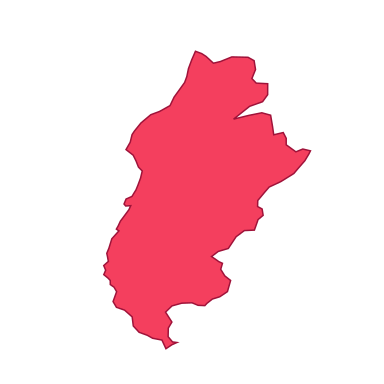 Axylou, Paphos, Cyprus, rotated 230°
{"feature_id": "46923920B14417206276385", "entity_name": "Axylou", "entity_type": "district", "adm_level": 2, "iso_a3": "CYP", "parent_name": "Cyprus", "parent_adm1": "Paphos", "projection": "equal_earth", "projection_center": [32.554, 34.805], "detail": "fine", "context": "isolated", "style": "filled", "palette": "rose", "viewbox_px": 384, "rotation_deg": 230, "n_neighbors": 0, "source": "geoboundaries", "source_scale": "gbopen_adm2", "svg_char_len": 1629}
<svg xmlns="http://www.w3.org/2000/svg" viewBox="0 0 384 384"><g transform="rotate(230 192 192)"><path d="M96.7,128.8L97.1,131.9L96.9,138.8L93.9,145.9L92.9,155.1L99.4,164.7L106.7,163.2L114.3,164.3L117.8,169.5L121.4,167.8L130.0,165.5L129.6,173.9L125.4,183.5L129.4,197.1L128.8,207.3L122.7,215.3L127.2,222.9L128.4,224.8L128.4,231.5L133.9,234.8L138.7,232.9L143.2,236.9L145.1,247.5L146.2,254.3L142.9,266.6L140.7,281.9L141.8,288.2L143.4,298.5L146.0,306.0L147.4,309.2L153.7,304.5L156.0,297.4L167.6,294.5L172.6,298.7L178.9,300.1L183.3,291.4L190.4,295.8L200.3,301.6L207.8,296.4L214.1,284.9L221.1,270.7L220.6,291.2L215.8,304.1L217.9,312.5L226.3,319.6L234.1,311.2L240.4,310.8L245.0,319.4L252.7,324.0L259.2,321.5L269.9,309.3L273.7,297.6L276.9,291.2L286.9,289.9L291.8,288.4L296.9,285.5L297.6,285.1L293.4,276.7L288.8,268.6L283.8,262.3L280.6,256.7L276.2,239.3L272.3,230.7L274.6,218.8L277.7,210.1L277.7,197.3L275.7,187.1L274.5,183.0L269.8,176.6L266.9,168.7L258.0,170.6L251.8,169.1L245.5,167.0L240.1,167.4L235.7,161.5L232.0,155.0L229.6,150.4L228.4,146.7L227.2,143.2L229.0,137.0L226.5,132.2L223.9,132.2L220.9,136.3L219.0,132.3L216.8,123.2L215.7,118.4L213.4,113.5L212.2,110.2L209.2,111.0L208.7,107.6L207.7,100.5L202.4,92.3L199.8,87.3L196.8,85.7L192.6,83.3L192.4,77.1L187.6,75.6L185.4,71.3L180.2,72.3L176.8,72.5L173.6,69.9L169.2,71.1L164.1,70.2L158.8,61.1L152.2,60.0L144.9,64.4L134.8,65.9L127.1,60.9L118.5,61.3L110.9,65.7L105.3,67.8L97.9,73.8L88.7,71.3L87.9,78.5L86.4,83.7L89.7,80.7L96.5,80.7L103.0,86.4L105.3,93.0L117.0,94.5L117.6,103.5L113.4,112.7L107.1,120.8L101.3,123.8L96.7,128.8Z" fill="#f43f5e" stroke="#9f1239" stroke-width="1.5"/></g></svg>